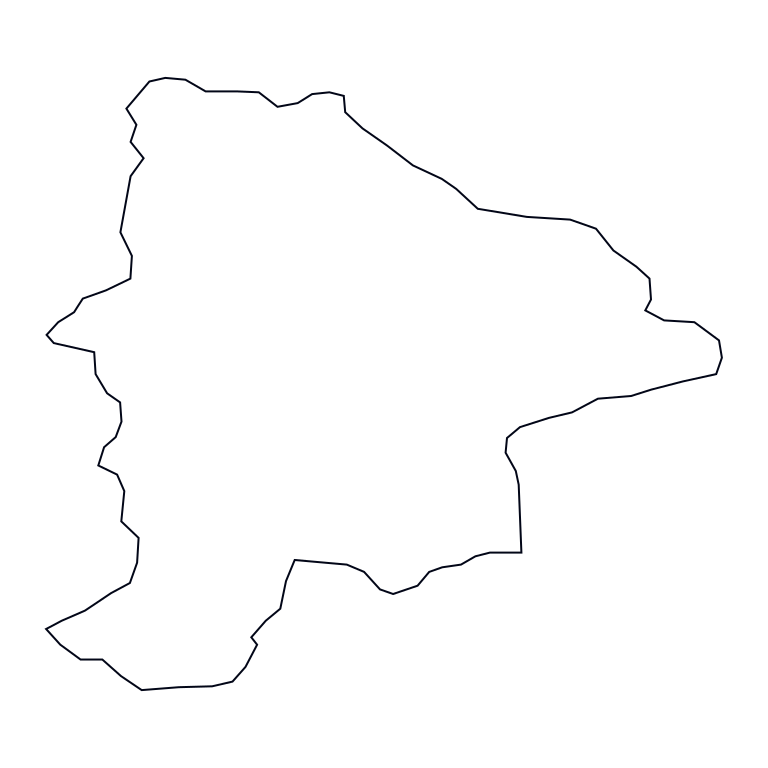 Linköping, Östergötland, Sweden
{"feature_id": "70781695B57213599568931", "entity_name": "Linköping", "entity_type": "district", "adm_level": 2, "iso_a3": "SWE", "parent_name": "Sweden", "parent_adm1": "Östergötland", "projection": "equal_earth", "projection_center": [15.609, 58.386], "detail": "fine", "context": "isolated", "style": "outline", "palette": "ink", "viewbox_px": 768, "rotation_deg": 0, "n_neighbors": 0, "source": "geoboundaries", "source_scale": "gbopen_adm2", "svg_char_len": 1386}
<svg xmlns="http://www.w3.org/2000/svg" viewBox="0 0 768 768"><path d="M141.7,690.1L178.9,687.2L212.2,686.3L232.5,681.6L245.5,666.9L257.1,644.7L251.3,637.3L265.8,620.7L280.3,608.7L286.0,581.1L294.7,560.0L325.1,562.7L346.8,564.6L364.1,571.9L380.0,589.4L393.1,594.0L417.6,585.7L429.2,571.9L442.2,567.3L461.0,564.6L475.4,556.3L489.9,552.6L521.4,552.6L518.7,484.7L515.8,471.0L505.6,452.7L507.0,438.0L520.0,427.1L548.9,417.9L572.0,412.4L597.9,398.7L631.1,396.0L651.3,389.6L683.0,381.4L716.2,374.1L718.6,367.2L721.9,357.7L719.0,340.4L694.4,322.2L687.9,321.8L664.1,320.4L645.3,310.4L651.0,299.5L649.5,278.6L636.5,266.8L613.4,250.5L596.0,228.7L570.1,219.6L526.8,216.9L477.8,208.8L456.2,188.9L441.8,178.9L412.9,165.4L387.0,145.5L362.5,128.4L345.2,112.2L343.8,96.3L343.8,95.9L329.4,92.3L312.1,94.1L297.7,103.1L277.5,106.8L258.8,92.3L237.2,91.4L224.0,91.4L205.6,91.4L185.4,79.7L165.3,77.9L149.4,81.5L126.4,108.6L136.4,124.8L130.6,141.9L143.6,158.2L130.6,176.2L120.4,232.3L131.9,255.9L130.4,278.6L105.9,290.4L82.8,298.6L77.5,306.8L74.1,312.2L58.2,322.2L46.6,334.9L53.8,343.1L94.2,352.2L95.6,374.1L107.1,393.3L120.1,402.4L121.5,421.6L115.7,437.1L104.1,447.2L98.3,465.5L117.1,474.6L124.3,491.1L121.3,521.4L138.6,537.9L137.1,562.7L129.9,583.0L111.1,593.1L85.0,610.6L61.8,620.7L46.1,629.0L60.3,644.7L80.5,659.5L102.3,659.5L121.0,676.1L141.7,690.1Z" fill="none" stroke="#020617" stroke-width="2"/></svg>